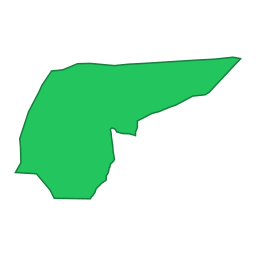 Altai, Govi-Altay, Mongolia, rotated 270°
{"feature_id": "93677404B43539602383293", "entity_name": "Altai", "entity_type": "district", "adm_level": 2, "iso_a3": "MNG", "parent_name": "Mongolia", "parent_adm1": "Govi-Altay", "projection": "natural_earth1", "projection_center": [95.421, 44.108], "detail": "fine", "context": "isolated", "style": "filled", "palette": "green", "viewbox_px": 256, "rotation_deg": 270, "n_neighbors": 0, "source": "geoboundaries", "source_scale": "gbopen_adm2", "svg_char_len": 2843}
<svg xmlns="http://www.w3.org/2000/svg" viewBox="0 0 256 256"><g transform="rotate(270 128 128)"><path d="M93.2,20.9L83.5,15.4L82.2,36.5L66.1,50.0L57.7,54.3L57.2,90.4L58.4,91.0L59.2,91.4L59.7,92.0L59.9,92.2L60.2,92.6L61.2,93.3L62.2,94.0L62.3,94.1L64.0,95.1L64.3,95.1L65.2,95.4L65.4,95.5L67.0,96.1L67.4,96.3L69.1,98.0L69.3,98.1L69.7,98.6L71.2,100.1L71.6,100.5L71.9,100.8L72.5,101.2L73.2,102.2L73.6,102.9L73.8,103.2L73.9,103.3L75.5,105.7L75.5,105.8L76.3,106.3L77.7,106.2L78.9,106.2L79.4,106.2L80.7,106.5L80.8,106.5L81.2,107.0L81.5,107.3L82.4,107.7L82.6,107.8L83.6,108.3L84.5,108.5L84.9,108.6L86.9,109.0L88.0,109.1L88.5,109.5L89.1,110.0L89.5,109.9L90.0,109.9L91.8,110.6L92.0,110.7L92.5,110.9L92.9,111.6L93.7,112.3L94.4,112.9L94.6,113.2L94.8,113.5L95.0,113.7L95.3,113.7L95.6,113.8L95.9,114.0L96.5,114.5L98.0,114.2L98.4,114.2L100.5,113.8L103.0,113.4L104.9,113.1L105.7,113.0L108.1,112.9L110.5,112.7L115.1,112.0L116.8,111.8L116.9,111.7L117.7,111.6L119.4,111.4L119.6,111.4L123.6,111.0L126.3,110.4L126.8,110.5L128.0,111.8L127.9,112.2L127.8,112.9L127.7,113.2L127.6,113.5L126.6,115.2L126.5,115.4L125.2,116.1L124.8,116.4L124.1,116.8L124.0,117.2L123.6,118.7L123.4,119.3L123.1,120.4L122.6,122.1L122.5,122.4L122.5,123.1L122.4,124.5L122.3,126.8L122.2,128.2L122.2,128.6L122.2,129.6L121.9,130.2L121.8,130.7L121.7,130.8L121.6,131.2L121.5,131.7L121.5,132.2L121.3,132.6L121.0,133.7L120.4,135.5L122.8,135.5L124.0,135.6L127.4,136.9L127.7,137.1L128.5,137.2L129.0,137.4L129.4,137.4L130.0,137.4L130.9,137.4L135.1,137.4L137.0,141.2L137.7,142.6L137.8,142.7L138.0,143.2L138.8,144.8L139.7,146.5L140.9,148.6L141.4,149.7L141.5,149.8L141.7,150.3L142.0,150.8L142.1,151.0L142.5,151.7L142.6,152.2L143.2,154.5L143.6,156.2L144.3,158.7L144.7,159.8L145.7,162.1L145.8,162.3L146.1,163.0L146.7,164.4L147.3,166.1L148.0,167.6L149.0,170.2L150.1,173.4L150.1,173.5L150.2,173.8L150.5,174.6L150.8,175.7L150.9,175.8L151.3,176.6L152.4,178.5L152.6,179.0L152.8,179.4L153.3,180.2L153.5,180.7L153.6,180.8L153.9,181.4L154.1,181.8L154.8,183.0L155.3,184.1L156.7,186.6L156.9,187.0L157.5,188.2L158.5,190.1L159.9,192.6L160.3,196.5L160.5,198.1L160.9,202.0L161.0,203.1L161.3,205.3L163.1,208.2L163.7,209.2L166.8,212.1L169.7,214.7L170.5,215.4L173.3,218.1L175.9,220.5L178.4,222.8L179.9,224.2L182.5,226.7L184.4,228.5L187.6,231.4L189.8,233.5L191.4,235.0L193.0,236.5L194.6,238.0L197.2,240.5L197.4,240.6L198.8,233.0L196.8,214.3L196.0,198.2L192.6,144.1L191.8,128.6L190.4,114.5L191.1,106.3L192.6,90.3L192.3,77.6L190.6,73.4L189.9,71.8L189.2,70.2L188.6,68.7L188.0,67.1L187.4,65.7L186.8,64.3L186.4,63.1L186.1,62.6L186.1,62.0L186.0,61.1L185.9,59.9L185.8,59.7L185.6,57.4L185.5,56.7L185.4,54.9L185.3,54.1L185.1,52.4L185.1,51.6L184.5,51.2L182.9,50.2L181.3,49.1L179.8,48.0L178.8,47.4L170.6,41.9L164.7,39.3L152.0,32.6L144.3,28.6L117.3,19.7L109.1,20.5L93.2,20.9Z" fill="#22c55e" stroke="#15803d" stroke-width="1.5"/></g></svg>